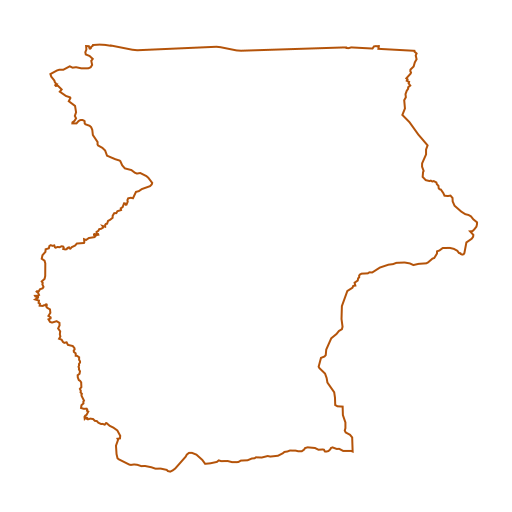 Pailitas, Cesar, Colombia, rotated 89°
{"feature_id": "7082276B45441685254380", "entity_name": "Pailitas", "entity_type": "district", "adm_level": 2, "iso_a3": "COL", "parent_name": "Colombia", "parent_adm1": "Cesar", "projection": "natural_earth1", "projection_center": [-73.578, 8.949], "detail": "fine", "context": "isolated", "style": "outline", "palette": "amber", "viewbox_px": 512, "rotation_deg": 89, "n_neighbors": 0, "source": "geoboundaries", "source_scale": "gbopen_adm2", "svg_char_len": 6003}
<svg xmlns="http://www.w3.org/2000/svg" viewBox="0 0 512 512"><g transform="rotate(89 256 256)"><path d="M53.6,94.0L51.0,130.0L48.3,129.5L48.2,130.3L48.6,130.9L48.2,132.3L48.5,134.4L50.6,135.9L49.1,157.2L49.8,159.8L49.6,162.0L49.1,162.1L49.0,164.4L50.5,267.4L50.1,271.9L46.6,287.9L46.1,291.9L48.2,371.1L47.6,376.1L43.0,397.4L43.3,397.5L42.3,403.2L41.9,408.7L42.2,415.3L42.9,415.5L44.1,417.2L45.3,417.5L45.8,418.2L45.7,418.7L43.3,419.5L43.1,422.2L46.6,422.0L49.3,423.1L51.5,422.7L53.1,418.9L56.1,415.8L58.0,417.3L62.1,416.5L64.4,418.0L65.4,420.3L65.3,427.4L64.1,432.6L64.5,436.1L63.1,438.9L66.4,445.4L66.3,449.3L67.0,451.7L70.5,458.4L73.1,457.6L77.1,454.5L78.5,454.2L80.5,452.7L81.0,453.2L81.5,452.8L81.9,453.6L82.3,453.3L81.6,452.2L82.4,452.4L82.3,451.1L86.1,447.4L88.3,449.3L92.7,443.2L94.1,439.2L94.8,438.8L98.0,440.5L102.8,434.3L109.2,433.4L112.8,434.7L115.2,433.5L117.7,435.1L119.2,437.2L120.2,437.3L120.3,433.2L118.0,431.1L117.0,429.3L117.0,427.1L117.7,425.6L118.2,425.0L120.4,425.0L121.3,424.3L122.9,420.1L124.3,418.6L127.0,417.5L132.2,417.0L139.3,412.4L141.7,412.5L142.7,412.0L145.2,407.7L147.9,405.0L153.1,403.2L156.7,395.2L158.2,390.7L158.8,390.0L163.0,388.2L166.1,385.6L167.9,379.1L170.6,375.7L171.5,373.6L171.0,370.3L174.2,364.2L175.9,362.3L181.1,358.5L182.6,359.0L184.3,360.7L187.1,369.0L189.1,372.0L189.8,374.9L196.1,378.0L195.6,380.1L196.1,382.8L197.9,383.6L199.4,383.3L202.4,384.6L202.5,385.3L201.1,386.1L201.0,387.0L204.8,388.5L206.0,390.4L207.7,390.1L208.8,393.8L210.7,394.9L210.7,397.0L213.2,398.6L215.3,398.7L217.3,401.3L218.3,403.3L221.1,404.3L221.3,405.5L222.1,406.2L224.1,406.3L223.3,408.9L224.3,408.2L225.0,408.5L226.1,410.4L226.4,412.3L228.1,413.2L229.1,415.0L231.2,414.9L231.3,413.5L232.0,413.3L232.2,414.7L231.2,417.1L231.5,417.6L232.2,417.6L233.2,416.1L234.3,417.1L235.1,422.8L237.0,425.6L236.2,427.6L239.2,427.4L240.0,427.8L240.4,434.9L242.4,436.7L244.0,440.2L245.4,441.4L245.1,442.5L244.1,442.9L244.6,444.3L245.9,445.2L246.1,446.7L245.6,448.6L244.0,448.1L243.1,448.8L242.9,450.3L243.8,452.3L243.5,454.2L244.2,456.2L243.8,456.9L241.9,457.5L242.3,459.2L241.6,461.1L242.4,462.4L244.7,463.0L245.6,466.2L248.2,466.5L251.5,469.5L255.0,470.3L257.0,467.5L259.7,466.8L272.3,467.1L275.2,467.8L277.7,470.7L279.2,469.7L280.6,470.1L283.2,469.0L284.6,469.9L285.5,472.6L287.5,473.8L287.4,475.6L287.8,476.0L289.1,474.5L291.2,473.6L291.9,474.8L292.0,477.6L292.7,477.2L293.3,474.6L293.8,474.6L295.6,477.5L296.8,473.8L299.1,474.2L299.9,472.9L301.9,473.2L302.2,470.0L301.5,468.8L301.6,467.5L300.8,467.1L300.7,466.3L301.3,466.0L303.1,466.5L304.2,465.6L305.8,462.9L309.2,462.6L312.3,464.6L313.8,462.4L314.8,462.5L315.7,464.6L318.3,463.1L319.0,461.1L317.7,456.5L319.4,453.7L321.9,453.6L325.0,455.1L327.9,453.1L330.8,453.5L333.1,453.0L335.3,454.3L336.3,451.8L338.6,450.5L339.5,449.2L339.0,446.9L341.6,445.6L342.8,440.8L345.0,439.1L346.3,439.0L347.3,439.9L348.7,439.8L350.2,438.0L352.6,438.0L352.7,436.7L354.2,434.6L356.7,434.7L358.2,433.8L359.4,433.8L360.9,434.9L362.4,434.8L363.7,435.4L364.9,434.9L366.4,435.0L368.2,434.0L370.7,434.5L372.1,436.4L374.3,436.3L377.0,435.3L377.7,434.1L379.3,433.0L384.1,432.9L385.8,434.4L387.8,433.5L389.3,433.8L390.8,432.5L391.8,433.0L393.1,432.7L397.6,430.5L398.7,431.2L400.4,431.1L402.1,433.1L404.9,433.6L405.8,430.9L405.7,428.0L406.5,427.4L407.8,427.7L408.6,426.4L411.9,428.2L412.6,429.5L413.9,430.3L415.8,430.1L414.7,429.0L414.6,428.3L415.0,427.6L415.9,427.9L416.4,426.9L415.7,424.5L416.2,421.7L418.0,420.0L418.3,418.0L419.9,416.6L421.3,413.8L421.2,412.3L422.0,410.2L420.4,408.8L420.5,408.3L423.2,405.3L425.1,401.6L428.0,397.7L433.4,394.9L436.0,395.2L436.3,397.6L437.3,397.1L443.2,399.3L451.6,398.9L455.8,398.0L456.8,396.9L462.4,386.2L462.7,384.7L462.3,381.5L462.7,378.3L464.1,374.3L464.0,370.7L465.4,364.3L466.9,360.2L466.9,355.0L468.3,349.0L469.5,347.9L470.1,345.5L468.9,343.0L467.1,340.5L455.4,329.8L453.4,328.7L451.7,326.5L451.7,323.5L453.6,319.0L459.0,313.2L462.9,310.5L462.5,305.4L461.2,298.7L459.7,296.8L460.5,294.5L460.5,287.9L461.7,283.5L461.8,278.8L461.6,277.1L460.3,274.7L460.1,268.0L458.4,263.7L458.2,260.9L457.3,259.6L457.6,253.8L456.2,247.8L456.8,245.2L456.1,237.5L453.7,232.6L452.4,231.0L452.0,228.0L451.1,225.5L451.3,219.7L452.0,217.1L452.0,213.6L450.4,211.3L448.9,210.3L448.2,207.7L449.0,200.4L450.8,196.9L450.6,192.6L450.9,191.4L452.6,190.6L452.8,189.4L452.3,187.0L450.7,185.2L449.3,184.4L448.7,182.8L450.3,178.8L450.3,176.1L452.4,172.3L452.6,164.2L453.2,162.8L439.1,163.0L436.4,165.1L434.0,169.4L432.1,170.3L429.7,169.6L424.0,169.5L416.6,171.9L408.1,172.0L407.7,177.2L406.4,179.4L399.0,179.5L393.6,180.2L383.8,186.8L379.3,187.5L374.8,189.0L369.3,194.5L367.8,195.3L359.0,192.8L357.7,189.3L356.3,188.0L350.8,187.4L339.6,182.2L335.3,176.8L332.4,174.4L330.7,171.4L328.3,170.7L320.5,171.6L307.6,171.0L292.6,165.3L289.4,160.1L287.6,159.3L287.3,157.2L284.4,157.9L282.3,154.7L280.1,154.3L279.2,153.2L277.4,153.2L276.4,152.5L275.5,150.8L275.3,144.5L274.3,142.9L274.5,140.1L269.7,132.3L267.0,123.7L266.5,119.1L265.3,115.8L265.1,107.5L266.1,102.3L267.8,98.8L266.7,93.6L266.3,85.9L265.5,84.2L261.7,79.6L261.1,77.8L256.7,75.0L254.5,74.9L253.7,72.5L251.3,69.2L251.3,62.0L252.3,58.1L254.3,54.6L256.5,53.1L256.8,51.6L257.5,51.4L258.2,49.8L257.9,48.4L256.7,47.6L246.1,45.4L242.5,40.0L240.6,38.6L238.7,38.3L235.1,41.5L234.9,39.1L233.3,37.4L230.5,35.1L228.1,34.5L226.2,34.4L223.1,38.1L220.1,40.4L218.7,42.8L217.8,46.1L215.2,50.0L209.2,56.6L204.9,58.4L201.4,58.5L199.0,60.5L199.4,63.1L199.0,66.5L196.4,67.6L192.8,70.0L192.5,71.2L191.6,72.1L188.9,72.4L187.4,73.9L185.6,74.4L184.2,77.0L184.6,78.4L183.7,79.9L184.1,81.2L183.1,85.0L179.8,88.0L175.0,87.5L173.9,86.9L169.6,88.4L166.3,88.3L157.4,84.2L152.5,84.1L148.4,82.5L137.4,91.6L124.9,100.2L117.5,107.2L111.1,104.5L102.8,105.1L99.9,103.4L96.8,103.7L93.4,102.4L91.5,101.0L89.9,100.9L88.3,98.8L86.0,100.4L84.6,99.9L83.4,102.2L82.0,101.4L81.0,102.6L76.3,98.2L75.2,97.8L73.9,98.5L72.3,98.3L69.3,95.1L65.1,93.8L62.1,92.0L58.3,92.8L56.3,91.9L54.5,93.9L53.6,94.0Z" fill="none" stroke="#b45309" stroke-width="2"/></g></svg>